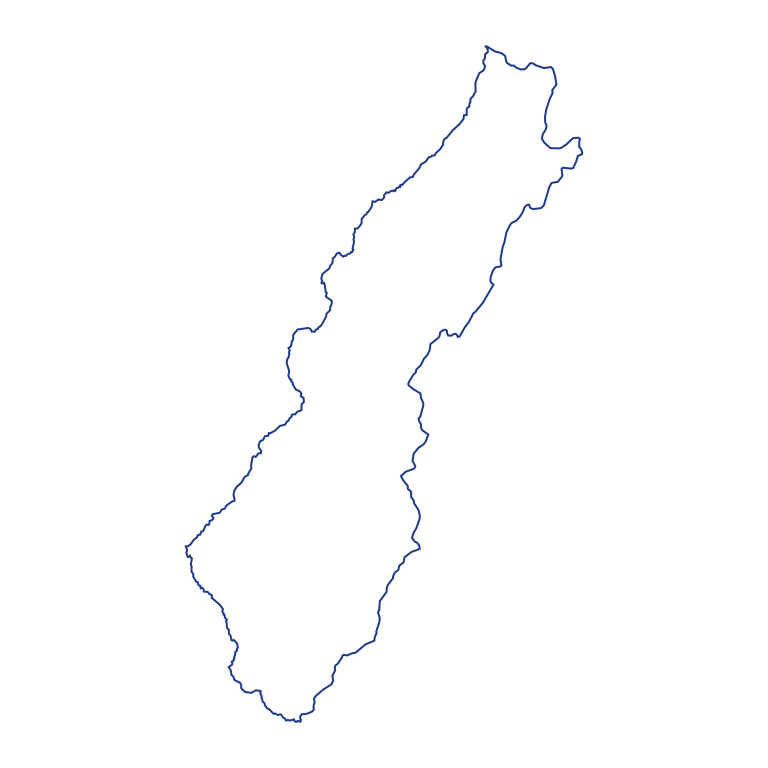 Colombia, Huila, Colombia
{"feature_id": "7082276B78082705771395", "entity_name": "Colombia", "entity_type": "district", "adm_level": 2, "iso_a3": "COL", "parent_name": "Colombia", "parent_adm1": "Huila", "projection": "robinson", "projection_center": [-74.711, 3.47], "detail": "fine", "context": "isolated", "style": "outline", "palette": "blue", "viewbox_px": 768, "rotation_deg": 0, "n_neighbors": 0, "source": "geoboundaries", "source_scale": "gbopen_adm2", "svg_char_len": 6087}
<svg xmlns="http://www.w3.org/2000/svg" viewBox="0 0 768 768"><path d="M300.2,721.8L301.0,719.9L300.1,718.4L300.2,716.8L301.6,714.3L307.2,713.7L312.2,711.5L313.8,709.7L313.5,706.4L314.6,702.0L313.9,698.5L316.4,695.4L323.6,689.3L331.2,684.5L333.2,680.8L332.4,675.6L335.2,670.4L334.8,666.8L335.7,665.2L337.7,663.9L342.0,657.4L342.5,655.6L343.6,654.9L347.3,655.4L352.0,653.3L355.6,652.7L365.6,644.3L374.3,640.7L374.8,637.1L376.6,632.8L376.3,631.5L379.4,621.8L379.7,617.7L378.0,612.3L379.3,609.7L379.8,601.1L386.6,591.9L386.6,589.0L387.6,585.3L393.2,577.9L393.0,576.4L394.9,572.6L398.3,570.0L399.4,565.6L403.5,562.5L404.5,557.3L411.7,551.8L419.8,548.9L419.0,545.3L417.2,542.8L414.7,541.6L412.0,538.0L413.4,533.2L416.3,528.3L419.6,518.8L419.8,515.6L418.6,510.2L414.0,503.1L413.7,500.6L411.2,497.0L411.1,491.7L407.9,489.0L407.7,485.8L403.1,480.2L401.0,476.0L405.8,471.7L413.8,468.8L415.2,467.0L415.3,466.1L412.5,460.7L413.7,453.6L418.6,447.7L423.3,444.5L425.6,441.8L428.3,434.5L422.0,430.0L421.1,428.0L420.8,423.7L418.9,420.7L418.6,418.5L420.2,416.7L423.3,405.7L423.2,402.8L421.1,398.3L420.4,393.4L413.1,389.0L408.5,385.3L408.5,382.8L413.1,375.0L415.9,372.2L416.2,369.7L420.8,365.1L424.1,358.5L427.2,355.3L429.8,349.9L430.4,344.1L438.5,337.7L439.4,336.4L440.3,332.1L443.9,329.8L445.4,329.8L446.9,330.7L446.9,333.0L448.2,335.5L451.4,335.7L453.2,334.3L455.3,333.9L456.7,334.5L457.9,337.0L459.6,336.5L465.0,327.0L468.9,322.0L473.3,313.4L475.5,311.7L482.9,302.7L493.5,284.6L491.0,282.4L490.4,280.9L490.7,276.8L493.0,270.6L495.4,267.4L500.4,266.5L501.4,265.4L500.5,258.9L502.7,247.0L504.5,242.0L506.4,232.2L510.4,224.4L512.2,222.6L516.0,220.9L519.5,217.2L522.6,212.6L524.6,207.2L526.8,205.1L529.0,204.7L530.4,208.0L533.1,209.1L541.1,208.1L543.8,205.4L549.2,187.5L551.2,183.5L551.9,182.8L557.7,181.9L561.9,176.8L562.4,175.5L561.5,169.2L562.5,167.9L563.9,167.8L571.0,168.6L573.1,168.1L576.1,161.8L577.9,155.9L582.0,154.2L582.2,152.5L581.2,149.4L579.3,147.0L579.2,141.7L579.9,138.8L578.4,137.7L572.9,138.2L566.4,144.4L561.2,147.9L559.0,148.4L550.5,148.1L544.4,142.8L541.9,138.7L542.8,134.3L545.8,129.3L546.4,126.8L546.5,125.3L545.2,122.5L545.0,117.2L546.1,110.0L549.8,98.8L552.6,93.1L552.3,90.1L556.4,84.5L555.1,76.3L552.9,68.8L550.8,67.0L543.8,68.1L535.7,65.2L532.7,63.3L530.2,63.2L525.9,68.5L523.8,69.4L520.5,69.3L516.7,67.9L513.7,65.5L511.4,65.7L507.1,63.0L505.9,60.5L505.3,56.2L503.0,54.1L500.2,52.7L495.0,51.5L487.5,46.8L485.0,46.1L487.3,48.1L487.9,50.8L487.7,52.2L485.1,54.3L484.9,58.3L483.3,60.5L483.4,63.2L485.1,66.2L483.9,70.1L479.4,73.1L476.9,78.6L475.4,82.7L475.6,91.3L473.1,96.1L470.3,99.1L470.5,101.4L469.4,104.0L469.4,106.4L467.2,108.1L466.7,109.4L466.7,115.0L463.9,115.2L463.5,119.0L459.3,124.3L452.7,130.3L446.9,137.5L444.6,138.9L443.3,141.2L443.1,144.7L440.2,149.1L435.8,153.2L434.5,155.5L432.0,155.6L430.9,156.8L428.9,157.1L425.5,161.8L421.0,164.4L419.2,168.2L413.5,175.0L413.0,176.9L410.6,177.2L408.1,179.0L403.2,183.5L402.7,184.8L400.4,184.8L400.3,186.9L399.2,186.6L398.4,187.7L396.9,187.8L395.1,191.0L394.3,190.3L393.3,191.2L392.5,190.7L390.5,191.3L388.7,192.8L386.4,192.4L384.0,195.3L384.2,197.4L381.8,200.1L378.6,199.5L375.0,201.9L372.6,201.3L371.9,206.1L370.6,208.5L368.3,211.9L366.9,212.6L366.6,214.0L364.5,215.4L361.7,219.0L361.6,223.1L360.2,225.5L357.5,228.5L355.0,228.6L354.8,232.1L353.4,234.5L354.3,236.7L353.5,239.2L354.0,242.2L352.5,248.9L353.4,249.6L352.2,252.0L351.1,252.0L350.4,253.3L347.4,254.3L345.9,255.9L344.7,255.7L343.2,256.6L341.0,255.0L339.3,252.6L336.8,253.5L334.7,256.9L332.9,258.2L332.4,263.2L330.3,265.6L329.3,268.5L323.5,273.1L322.1,274.9L321.3,278.7L322.2,280.8L321.4,282.7L322.2,283.5L324.0,282.9L324.8,285.0L325.7,292.0L326.7,292.9L325.9,296.7L331.7,300.7L331.6,304.0L330.2,307.3L330.1,310.1L326.5,313.8L326.1,316.6L322.1,324.1L320.4,326.3L318.7,327.2L317.7,329.1L316.0,329.5L314.9,331.7L311.7,331.5L310.5,329.1L308.3,327.9L297.6,329.5L293.2,334.9L293.1,339.9L291.9,341.2L291.3,345.1L290.7,346.5L288.5,348.0L289.8,350.5L288.9,352.1L289.4,353.6L288.5,357.5L287.2,359.2L286.7,363.3L289.2,370.9L288.4,375.8L290.0,379.3L291.2,379.6L291.2,381.4L292.7,382.4L292.8,384.3L295.6,389.3L300.2,391.7L301.4,393.6L300.8,396.3L303.6,397.9L303.8,402.2L301.6,404.3L301.4,410.3L297.4,411.7L295.2,414.3L292.5,414.4L291.7,415.1L291.6,416.8L289.6,418.2L288.6,420.7L286.9,421.5L285.1,424.6L279.9,425.9L274.7,430.9L270.4,433.1L268.8,433.1L268.4,435.7L264.8,436.3L263.2,439.8L260.0,441.5L258.6,445.4L258.9,447.5L261.2,451.1L260.8,453.2L258.4,453.4L255.7,456.9L253.8,456.2L252.5,457.4L251.1,465.3L251.4,468.4L248.2,473.6L248.2,474.8L244.6,477.0L241.3,482.8L236.6,486.9L234.2,491.0L233.5,494.9L234.6,499.2L234.3,500.9L232.1,501.5L227.4,504.8L225.8,506.3L224.9,508.6L221.9,509.5L219.6,512.8L212.7,514.2L211.8,515.8L213.3,517.8L213.2,518.7L212.1,520.1L209.6,520.9L209.2,524.4L208.1,525.0L206.7,524.6L205.5,525.8L203.3,530.8L201.2,531.7L200.2,534.7L198.2,534.9L197.0,537.2L193.8,539.8L190.4,544.5L187.6,546.4L185.8,546.4L187.2,550.3L186.3,552.5L187.5,556.7L188.4,557.0L189.9,555.7L190.7,557.5L191.9,558.4L190.8,564.7L191.6,566.2L191.4,571.4L193.4,574.2L193.1,576.3L196.2,581.7L197.8,582.2L198.4,585.0L200.3,585.9L200.7,588.2L202.0,587.7L203.3,588.8L204.0,591.6L207.5,591.8L209.5,594.0L211.8,595.1L211.8,597.9L219.6,604.6L223.0,609.1L222.3,611.1L223.0,612.9L223.6,613.1L223.6,614.6L224.7,615.4L224.9,617.6L226.9,619.8L225.9,621.4L226.7,623.2L227.0,627.7L228.8,629.8L228.9,633.5L230.5,635.7L231.5,640.2L232.9,640.6L233.7,639.9L237.1,643.4L237.8,647.6L236.8,649.2L237.1,650.4L235.3,652.1L235.2,654.6L234.2,656.7L234.5,657.7L233.6,659.3L233.8,660.4L231.7,661.7L232.4,663.4L232.1,664.6L228.7,667.1L231.0,670.9L231.4,674.9L233.2,676.3L234.5,680.0L240.2,682.9L241.3,685.0L241.1,687.5L241.8,689.0L245.2,692.1L251.5,692.8L255.8,690.4L260.4,690.8L260.8,691.5L260.2,693.0L261.7,696.4L261.4,697.4L262.9,701.9L264.4,703.0L265.1,705.5L267.1,708.3L269.3,709.3L273.5,713.8L275.1,713.5L278.1,715.1L280.0,714.3L281.2,714.7L283.1,717.6L284.9,718.5L286.0,720.6L287.8,719.9L290.1,720.6L293.9,719.3L294.5,721.0L295.9,721.9L298.0,720.9L300.2,721.8Z" fill="none" stroke="#1e3a8a" stroke-width="2"/></svg>